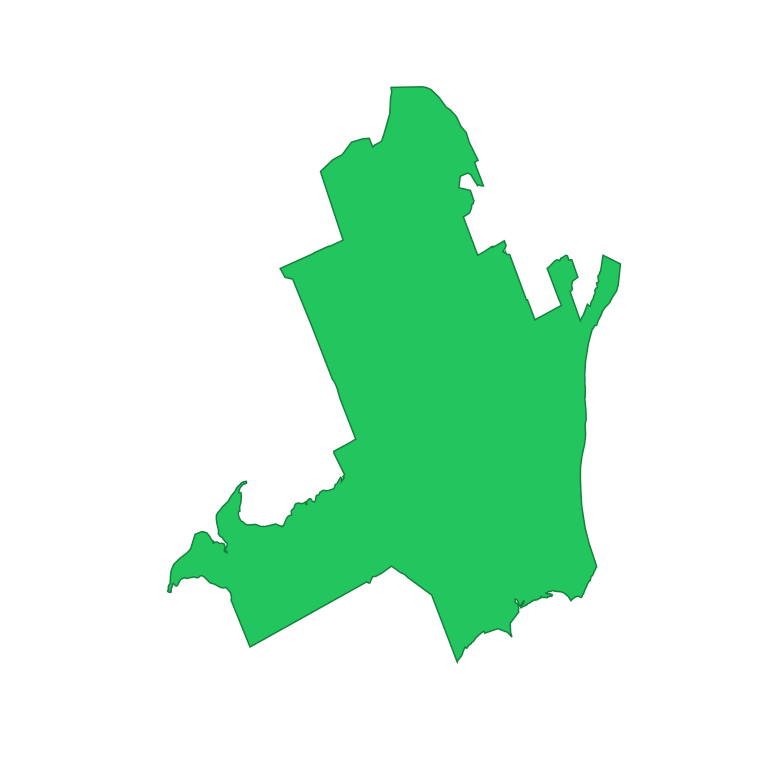 Mērsraga pag., Mersraga, Latvia (Robinson projection), rotated 77°
{"feature_id": "27541924B11751458518811", "entity_name": "Mērsraga pag.", "entity_type": "district", "adm_level": 2, "iso_a3": "LVA", "parent_name": "Latvia", "parent_adm1": "Mersraga", "projection": "robinson", "projection_center": [23.056, 57.313], "detail": "fine", "context": "isolated", "style": "filled", "palette": "green", "viewbox_px": 768, "rotation_deg": 77, "n_neighbors": 0, "source": "geoboundaries", "source_scale": "gbopen_adm2", "svg_char_len": 6169}
<svg xmlns="http://www.w3.org/2000/svg" viewBox="0 0 768 768"><g transform="rotate(77 384 384)"><path d="M671.4,375.2L669.9,374.2L666.8,370.1L664.8,368.4L662.3,367.0L658.5,364.2L659.0,363.5L659.9,363.3L660.1,362.7L657.7,360.2L656.5,357.2L655.6,356.6L654.7,354.5L651.5,351.0L651.1,349.6L650.2,348.6L647.9,344.0L647.4,342.3L649.5,341.9L648.0,328.2L653.9,319.3L659.4,316.3L654.6,316.5L645.5,314.8L636.4,303.9L634.9,304.1L633.6,303.3L631.1,303.1L629.8,302.7L626.8,304.7L626.2,305.4L623.0,304.6L624.2,302.9L627.6,302.0L627.0,302.3L628.4,302.9L628.7,302.1L629.6,302.3L630.7,301.8L630.2,300.9L630.3,300.6L629.3,299.6L629.3,299.0L628.5,298.9L627.7,297.5L626.8,297.2L627.1,296.1L627.5,296.1L628.1,296.9L628.8,297.2L628.5,297.7L629.5,297.9L630.0,298.8L629.8,299.0L630.5,299.1L631.0,300.5L631.5,300.9L632.7,301.1L633.0,300.4L632.4,299.9L631.5,295.1L631.0,294.9L631.2,294.2L630.3,293.5L630.3,291.9L629.0,289.1L629.0,287.9L628.1,286.6L628.7,285.3L628.4,284.7L628.8,283.2L628.0,281.8L628.1,280.5L627.7,280.1L627.7,279.6L626.6,278.8L627.3,278.7L627.7,277.9L627.6,276.8L628.0,276.4L628.0,275.9L628.4,274.9L628.3,274.4L628.9,273.4L628.8,272.6L627.9,272.2L628.0,271.4L628.4,270.9L628.0,270.3L628.2,269.7L627.9,269.1L628.1,268.7L627.6,268.4L628.4,268.2L627.7,267.5L626.9,267.6L625.5,270.1L625.6,270.5L625.4,271.5L625.0,271.8L625.2,272.1L624.9,272.9L624.2,273.4L624.1,271.9L623.8,271.2L623.3,271.0L623.1,270.2L623.8,268.1L623.2,267.0L623.2,265.9L624.5,264.0L626.3,258.2L628.1,255.7L630.0,254.0L632.6,252.2L637.8,250.5L636.9,250.5L634.6,245.7L634.4,242.5L636.4,239.9L635.6,238.8L634.1,237.9L633.5,237.0L628.7,233.8L626.7,232.0L624.8,230.9L622.7,229.0L622.1,227.5L618.0,225.3L617.7,224.8L617.8,224.4L617.2,223.7L615.5,222.3L614.0,221.6L612.3,219.7L611.0,219.2L610.3,218.1L608.7,217.9L584.8,220.1L569.7,220.4L547.3,218.8L530.7,215.9L519.3,213.7L509.5,211.3L498.9,207.4L487.8,202.1L478.6,198.9L470.1,197.4L467.0,196.5L464.8,195.3L463.3,194.8L454.6,193.1L442.9,191.6L442.0,191.4L442.0,190.9L432.0,188.5L429.5,188.4L424.5,187.1L420.5,186.5L406.6,182.3L390.3,175.6L377.6,168.9L377.5,168.3L376.1,166.9L375.1,166.4L374.5,165.0L374.7,164.1L374.6,163.6L370.5,161.1L365.8,157.1L362.2,154.7L359.6,152.0L356.2,146.8L354.6,145.0L350.9,142.0L345.5,136.3L342.0,134.6L340.8,133.7L320.2,126.6L307.8,141.6L323.1,147.7L323.5,148.6L325.6,149.4L326.3,150.7L327.4,151.4L332.7,151.9L333.2,152.3L333.2,153.9L333.6,154.3L336.9,154.1L338.0,154.7L338.1,155.5L339.8,157.3L341.6,157.8L342.3,157.5L343.7,158.2L345.6,160.0L347.1,160.4L351.2,164.0L354.6,165.5L353.9,166.5L352.0,167.8L362.2,174.6L363.0,175.7L366.5,178.5L335.9,181.9L335.2,180.0L333.2,178.9L330.7,179.2L326.2,177.2L323.6,171.1L305.1,173.1L304.8,176.2L300.5,176.3L299.5,177.8L301.0,181.9L301.2,183.5L303.4,185.0L301.8,187.3L302.8,190.4L307.1,196.9L308.0,199.0L339.4,194.8L347.3,193.4L355.4,222.5L334.2,225.3L334.4,226.3L286.1,232.4L285.6,234.7L283.3,236.1L282.3,235.9L283.3,237.1L281.8,238.4L279.5,235.9L276.6,233.9L271.5,234.5L274.5,244.1L275.2,247.6L274.3,247.1L274.2,247.5L277.8,257.4L279.7,263.7L239.0,269.1L237.6,264.7L236.5,262.1L232.0,259.1L228.8,258.0L228.6,256.7L225.8,255.2L214.8,256.3L209.6,266.9L198.8,263.0L197.3,255.3L198.8,253.1L199.7,252.3L211.8,248.2L211.3,247.0L212.8,244.5L213.4,242.5L188.5,245.9L187.2,242.0L167.7,246.6L157.6,247.3L150.0,251.2L141.0,253.0L138.2,254.1L131.7,257.9L128.0,261.3L117.2,265.8L107.7,271.9L104.5,276.3L103.0,280.0L96.6,310.4L101.4,310.8L106.6,313.2L122.0,317.6L142.8,329.1L142.6,329.2L146.0,331.1L146.9,332.2L147.5,333.2L148.9,339.0L149.2,339.0L150.4,341.7L141.3,343.1L140.3,349.4L141.1,361.3L151.2,373.2L153.9,383.3L162.7,398.1L234.6,391.5L237.7,406.2L237.2,406.5L238.4,412.5L240.6,423.2L241.0,423.4L248.1,459.2L257.8,456.4L261.3,449.4L312.8,441.1L367.9,433.2L370.9,431.8L377.2,430.7L388.6,430.1L431.4,423.9L434.5,434.2L438.3,448.1L440.3,448.3L463.5,442.8L465.0,445.0L466.3,443.8L469.5,447.3L466.2,446.4L465.2,447.4L470.6,452.2L470.9,453.9L474.7,456.3L475.3,461.8L475.1,463.9L474.0,466.6L474.0,467.4L474.9,470.3L475.3,470.9L477.0,472.0L477.3,472.6L477.2,474.1L477.9,475.3L481.8,476.9L483.0,477.8L483.1,478.9L482.2,480.2L479.8,481.0L479.2,481.4L479.1,481.9L479.0,482.6L479.4,483.4L481.4,486.1L483.8,486.1L483.9,487.1L481.3,487.2L482.2,489.7L482.1,490.9L480.6,494.4L480.8,496.8L482.1,498.4L483.9,499.1L484.5,499.8L486.4,502.7L487.2,503.1L490.8,503.4L490.9,505.7L491.6,507.6L493.4,509.5L498.9,513.4L500.0,514.9L499.4,515.0L499.5,516.2L500.3,516.0L499.2,516.7L496.0,521.0L496.2,529.1L496.0,532.5L494.8,536.8L492.2,540.1L491.8,541.3L490.9,547.8L490.3,549.5L489.6,550.4L486.7,552.4L485.1,554.2L481.6,555.2L477.9,555.2L475.5,554.3L475.6,553.1L471.3,552.3L466.8,549.9L460.2,548.0L457.6,547.9L457.2,550.0L456.4,549.7L453.9,548.4L451.8,546.5L450.0,543.7L450.0,541.4L449.4,540.1L447.8,540.1L447.7,542.8L448.6,545.8L449.4,546.4L450.2,548.2L451.9,550.7L454.8,553.1L458.6,557.9L463.4,562.5L467.6,569.4L469.3,571.1L471.9,574.8L474.3,576.9L478.1,577.8L482.8,578.2L489.0,578.1L492.9,579.1L495.3,578.1L497.4,575.9L499.0,575.7L500.0,575.0L502.0,574.2L503.9,572.6L504.8,572.6L505.6,573.2L507.5,574.0L509.1,575.9L509.8,576.1L510.5,576.0L512.5,574.5L513.2,574.9L511.2,577.1L510.6,577.2L506.3,575.4L503.9,575.8L502.8,577.5L502.3,580.2L500.3,582.3L500.2,584.7L500.6,585.2L500.7,586.2L500.1,586.5L499.1,585.4L497.1,587.1L492.1,588.6L489.0,590.3L487.0,594.1L486.9,595.3L487.9,601.3L488.2,602.0L500.4,609.1L502.4,611.0L504.5,614.5L508.2,622.7L509.6,624.7L511.9,628.7L513.5,630.3L518.5,633.6L523.8,635.5L529.5,637.0L530.7,637.8L532.0,639.3L533.8,640.0L536.1,640.2L536.2,640.9L536.7,641.4L537.8,641.2L538.3,640.7L539.0,638.8L538.8,638.2L535.7,637.5L533.1,635.5L530.9,634.9L531.0,634.1L533.7,632.5L534.2,631.7L534.2,631.3L533.1,629.9L529.3,626.8L528.2,624.6L528.2,622.9L527.8,621.8L529.1,620.2L529.2,612.3L530.7,610.1L530.9,608.5L529.8,606.7L529.6,604.7L531.6,602.6L538.7,598.1L540.9,594.2L545.6,588.9L546.5,586.6L546.8,583.6L547.2,583.3L553.4,580.3L558.0,580.7L560.3,581.6L610.1,573.7L572.9,445.3L574.5,443.8L574.6,442.4L572.7,441.3L569.2,438.5L569.6,435.2L568.2,430.4L568.1,429.4L563.9,419.6L563.3,417.5L571.6,410.2L573.0,408.1L575.2,406.0L577.5,404.6L600.4,385.0L671.4,375.2Z" fill="#22c55e" stroke="#15803d" stroke-width="1.5"/></g></svg>